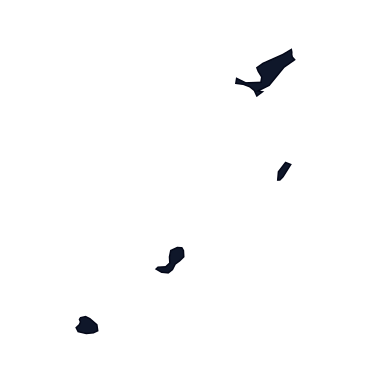 outline of Grenadines, rotated 9°
{"feature_id": "VCT-5064", "entity_name": "Grenadines", "entity_type": "Parish", "adm_level": 1, "iso_a3": "VCT", "parent_name": "Saint Vincent and the Grenadines", "parent_adm1": "", "projection": "mercator", "projection_center": [-61.301, 12.818], "detail": "fine", "context": "isolated", "style": "filled", "palette": "ink", "viewbox_px": 384, "rotation_deg": 9, "n_neighbors": 0, "source": "natural_earth", "source_scale": "10m", "svg_char_len": 856}
<svg xmlns="http://www.w3.org/2000/svg" viewBox="0 0 384 384"><g transform="rotate(9 192 192)"><path d="M272.7,45.3L263.3,54.4L251.5,74.6L241.0,82.0L245.9,82.0L241.0,87.0L237.7,82.0L232.5,79.0L225.9,77.6L218.3,77.8L218.3,72.8L228.0,75.8L242.9,72.9L242.9,67.5L238.6,62.5L236.6,59.1L242.0,53.8L260.2,42.0L267.8,35.7L268.7,38.3L269.0,40.7L269.9,43.0L272.7,45.3ZM190.7,248.7L192.7,251.2L194.0,257.3L190.5,262.0L186.7,265.8L184.8,271.7L181.2,275.6L174.5,276.0L168.6,273.7L170.2,271.6L177.7,270.0L181.2,265.6L179.9,259.6L180.2,253.1L186.2,249.1L190.7,248.7ZM110.9,333.1L118.8,338.0L120.6,343.8L116.6,346.5L109.7,348.3L101.4,347.7L98.8,344.1L101.5,340.6L102.2,337.8L100.8,335.4L101.6,333.6L106.4,331.7L110.9,333.1ZM274.2,158.5L279.8,148.2L285.2,149.4L279.5,162.7L276.9,166.4L274.8,166.8L274.2,158.5Z" fill="#0f172a" stroke="#020617" stroke-width="1.5"/></g></svg>